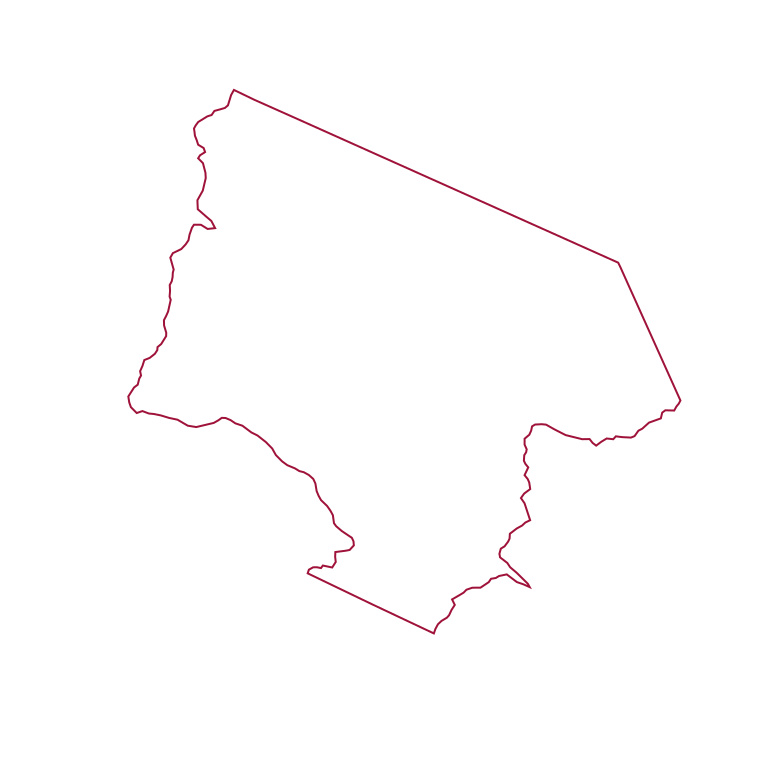 outline of Sapucaia, Pará, Brazil, rotated 114°
{"feature_id": "56859067B89433863096601", "entity_name": "Sapucaia", "entity_type": "district", "adm_level": 2, "iso_a3": "BRA", "parent_name": "Brazil", "parent_adm1": "Pará", "projection": "equal_earth", "projection_center": [-49.504, -6.834], "detail": "fine", "context": "isolated", "style": "outline", "palette": "rose", "viewbox_px": 768, "rotation_deg": 114, "n_neighbors": 0, "source": "geoboundaries", "source_scale": "gbopen_adm2", "svg_char_len": 2674}
<svg xmlns="http://www.w3.org/2000/svg" viewBox="0 0 768 768"><g transform="rotate(114 384 384)"><path d="M177.9,219.4L177.1,579.4L177.1,589.9L177.1,618.0L176.4,640.7L182.2,641.2L192.9,639.9L196.5,641.6L199.5,645.1L203.5,650.0L208.4,650.9L211.3,654.2L220.2,660.3L224.3,661.2L227.9,661.5L230.7,659.7L234.1,657.7L237.3,654.4L241.0,651.1L241.8,644.7L244.9,641.8L249.9,645.1L253.4,645.6L255.9,639.2L263.7,633.0L268.4,630.6L281.0,628.2L292.0,629.2L300.1,625.2L303.5,614.1L305.3,608.0L310.3,601.7L314.1,608.2L313.0,616.0L315.8,622.4L319.4,623.0L326.6,622.4L332.2,621.1L337.2,622.0L343.2,624.1L350.3,630.1L355.5,630.6L365.0,622.7L368.2,622.2L372.4,620.6L376.5,619.7L380.7,620.0L386.0,617.3L391.4,615.4L393.8,613.1L405.6,610.7L410.6,610.7L415.2,611.0L420.0,608.7L425.7,603.8L428.9,602.5L438.1,603.8L442.4,605.9L445.3,604.9L449.6,605.6L455.5,608.7L459.6,612.7L465.8,612.0L471.5,612.0L475.1,609.4L478.6,609.8L484.8,608.7L488.8,610.9L493.3,611.6L499.4,612.5L504.5,609.2L508.1,605.8L511.1,598.1L507.0,593.7L506.6,586.8L505.0,582.0L503.5,575.3L502.4,566.6L500.6,558.1L501.9,546.3L499.7,538.0L488.8,523.7L484.6,520.6L480.9,518.4L479.5,514.9L479.4,509.4L480.4,503.8L479.7,496.4L482.2,485.4L482.5,478.6L485.1,468.3L488.4,459.9L492.9,453.9L496.1,445.7L497.5,439.3L497.3,431.0L498.0,425.9L497.2,421.4L497.7,415.7L499.5,410.0L502.8,406.2L509.2,402.0L512.7,398.3L515.7,394.3L518.6,386.3L521.7,381.2L524.7,377.3L531.5,373.1L533.4,369.8L535.5,362.7L537.6,350.8L540.1,347.9L543.7,345.9L549.6,347.9L551.9,351.2L557.3,360.1L561.8,358.3L566.2,355.7L572.7,356.7L574.7,366.0L577.8,366.7L578.7,370.8L580.3,374.2L584.2,377.1L588.0,376.7L590.1,304.8L591.6,237.0L586.8,237.4L581.6,237.0L577.0,235.1L571.9,231.5L568.8,230.5L562.9,230.4L557.0,229.5L553.1,234.2L545.5,228.7L542.2,226.4L538.4,225.0L534.2,220.5L530.8,213.0L522.4,207.7L518.4,207.0L515.8,203.0L512.6,200.8L508.0,194.4L510.9,182.1L510.3,175.2L510.3,168.3L508.0,171.3L502.5,186.0L500.1,194.2L497.3,198.6L495.2,207.4L492.2,209.5L486.9,210.3L483.2,207.8L477.5,206.5L474.2,206.4L469.6,208.1L461.9,203.9L457.2,200.3L453.0,198.5L449.0,195.1L435.8,207.1L432.5,212.5L427.1,211.4L420.5,207.7L415.0,211.2L412.4,214.0L410.1,218.5L401.5,218.3L399.5,222.3L397.2,225.0L392.0,226.9L388.5,226.4L385.6,227.1L382.2,230.9L376.8,233.3L371.2,230.6L366.7,230.6L362.5,231.5L359.6,229.5L356.6,223.6L355.2,219.4L356.1,210.2L356.8,197.3L353.8,180.5L350.7,173.8L353.0,169.4L354.0,165.1L348.4,162.0L343.2,158.4L341.2,152.1L337.5,150.9L335.7,144.9L332.5,136.6L329.7,133.9L323.2,132.6L319.8,129.9L311.5,126.2L302.8,117.1L297.0,118.2L293.6,116.3L290.2,108.1L285.6,107.7L282.0,106.7L278.5,106.5L181.1,215.6L177.9,219.4Z" fill="none" stroke="#9f1239" stroke-width="2"/></g></svg>